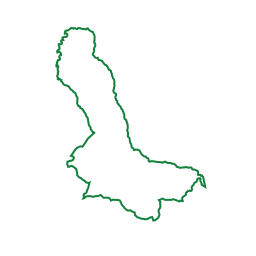 the district of Divinópolis do Tocantins, Tocantins, Brazil, rotated 18°
{"feature_id": "56859067B58082992267774", "entity_name": "Divinópolis do Tocantins", "entity_type": "district", "adm_level": 2, "iso_a3": "BRA", "parent_name": "Brazil", "parent_adm1": "Tocantins", "projection": "robinson", "projection_center": [-49.348, -9.64], "detail": "fine", "context": "isolated", "style": "outline", "palette": "green", "viewbox_px": 256, "rotation_deg": 18, "n_neighbors": 0, "source": "geoboundaries", "source_scale": "gbopen_adm2", "svg_char_len": 5793}
<svg xmlns="http://www.w3.org/2000/svg" viewBox="0 0 256 256"><g transform="rotate(18 128 128)"><path d="M38.3,55.4L38.3,56.3L38.8,57.8L39.9,57.2L40.5,57.1L41.6,58.1L41.7,59.2L41.3,60.4L39.5,60.9L38.8,61.5L37.9,61.9L37.8,62.7L39.3,64.3L37.5,65.2L37.5,66.5L39.0,67.4L38.8,68.8L36.3,69.6L36.4,70.3L36.8,71.0L37.6,71.6L37.7,72.7L38.4,73.3L38.4,74.1L36.9,76.4L37.1,77.4L37.5,78.0L39.3,76.7L40.9,77.6L41.5,78.3L41.7,79.4L40.9,79.9L40.5,81.3L41.0,82.2L41.8,82.7L42.0,83.9L41.5,84.6L40.8,84.6L40.3,85.2L40.6,86.7L40.0,87.5L40.2,88.2L40.8,88.8L40.4,90.5L40.9,91.4L42.1,90.5L42.7,91.1L42.9,91.8L42.5,92.7L43.6,95.3L44.2,95.5L44.4,96.3L44.1,96.9L44.7,98.2L44.5,100.3L44.9,101.1L45.8,101.5L46.1,103.2L47.0,103.4L47.5,102.5L48.2,102.5L49.1,103.1L49.9,103.1L49.8,104.0L50.6,104.3L51.2,104.7L53.3,106.5L55.2,106.7L56.9,106.5L57.6,106.9L58.6,106.7L61.2,108.8L64.2,109.8L64.9,110.5L65.8,110.8L66.6,110.8L67.5,111.3L67.7,111.9L68.2,112.4L69.0,113.6L70.4,114.6L70.9,115.3L71.0,116.6L71.8,119.1L71.9,120.1L72.8,121.3L74.0,122.5L74.8,122.3L75.8,122.6L76.3,123.6L77.3,123.9L78.7,124.0L79.3,124.7L79.9,124.8L80.5,125.7L83.6,127.9L84.4,129.3L85.0,129.9L86.0,130.2L86.5,130.9L88.1,133.9L88.5,134.5L89.2,136.1L89.9,137.2L90.7,138.0L92.1,138.8L92.6,140.1L93.3,141.0L95.8,142.9L96.7,142.6L97.4,143.0L93.1,150.5L91.2,157.8L90.4,159.9L89.6,159.9L88.5,160.2L87.5,160.8L86.9,161.6L85.5,162.7L84.4,165.1L84.4,165.9L84.0,166.7L83.0,170.5L82.4,172.1L84.7,172.2L85.3,172.5L85.8,173.1L85.8,174.1L85.2,175.9L80.8,178.7L81.1,179.5L81.3,181.2L82.5,182.4L83.0,183.4L84.0,183.1L85.1,182.1L86.1,181.4L89.1,182.0L90.0,182.5L91.1,182.8L91.8,183.5L93.5,186.4L94.3,188.6L96.0,189.6L97.4,190.2L98.6,190.0L100.4,191.1L101.5,191.2L103.7,192.0L104.4,192.5L105.2,192.7L107.8,192.4L108.3,191.9L108.7,198.0L108.4,199.0L108.2,200.0L108.5,201.3L108.3,202.5L107.9,203.2L106.8,204.1L106.5,204.8L106.5,205.9L107.5,207.4L107.3,208.7L108.1,208.1L108.5,207.4L108.6,206.6L109.6,206.1L110.3,205.5L112.4,204.7L113.1,204.7L113.8,204.4L116.3,204.1L118.5,202.7L119.8,202.3L121.2,201.6L122.4,200.3L123.3,200.3L125.9,201.8L126.6,201.8L129.0,200.9L131.0,200.4L131.7,200.5L133.1,201.2L134.2,202.3L136.2,200.6L137.9,200.5L138.5,200.1L140.2,199.7L142.3,199.4L142.9,199.7L143.4,200.1L143.9,200.8L144.7,201.4L145.1,202.2L145.6,202.8L147.5,203.8L149.6,205.3L150.3,205.5L150.8,205.9L153.2,206.6L154.2,206.3L155.7,205.5L157.6,206.3L158.5,206.1L160.5,206.3L161.7,208.8L163.4,209.4L163.9,209.9L165.5,210.1L166.2,209.8L168.8,210.2L170.8,209.6L172.7,209.5L174.8,208.4L176.3,206.7L177.0,206.1L178.5,205.2L180.7,208.2L181.4,207.7L182.4,207.3L182.9,206.5L183.2,205.8L184.4,204.4L184.7,202.5L184.8,201.5L184.7,200.8L183.9,199.2L183.2,198.6L182.8,197.8L182.6,196.2L183.2,194.0L182.7,191.4L182.0,190.6L181.9,189.1L181.5,188.3L180.8,187.8L180.1,187.5L179.6,187.0L181.1,186.0L182.2,184.8L183.0,184.4L184.6,184.9L186.0,184.7L189.2,183.7L189.9,183.2L190.7,183.3L192.1,182.6L192.5,182.0L193.2,181.8L194.8,181.7L195.8,181.8L196.6,181.7L198.6,182.1L199.3,182.0L200.2,180.8L201.7,180.9L202.6,180.6L201.6,179.0L201.2,177.9L201.5,176.9L202.0,175.9L203.5,174.1L203.6,173.0L203.1,171.9L203.5,171.0L204.2,170.4L204.4,169.5L205.2,169.2L205.8,168.4L207.3,168.5L207.8,167.9L207.9,167.1L207.8,166.4L206.8,164.7L206.9,163.8L207.7,162.4L208.1,159.7L209.9,157.7L209.9,156.6L209.7,155.7L209.9,154.8L210.4,154.2L211.2,154.0L211.9,153.5L212.8,154.0L212.8,155.0L213.4,156.4L214.2,156.9L215.3,158.2L215.6,159.3L219.7,160.2L214.6,151.3L213.7,151.0L212.9,150.3L212.3,150.9L211.1,150.3L210.3,150.5L209.5,151.0L208.8,150.7L208.8,149.8L208.5,148.9L208.2,148.0L207.6,147.4L204.4,147.0L203.5,147.1L202.7,147.4L201.7,147.2L201.0,146.4L200.4,146.0L197.3,147.2L196.3,147.0L195.6,147.3L194.7,147.3L194.1,148.0L191.3,149.0L189.5,149.9L187.7,149.7L186.8,149.9L184.5,148.4L182.5,147.8L181.1,148.4L180.4,148.3L179.6,148.0L177.1,148.8L175.6,148.9L174.9,148.9L174.4,148.5L173.5,148.6L172.0,149.8L171.6,150.4L170.9,150.5L170.3,150.3L165.0,151.5L162.0,151.9L160.3,152.4L158.9,153.4L158.3,153.2L157.7,152.8L157.4,151.7L156.8,151.0L156.1,150.6L154.9,150.6L154.0,149.7L153.4,149.7L152.6,150.0L151.6,149.9L149.9,149.2L148.6,148.5L147.5,147.3L146.3,146.4L145.9,145.8L144.0,145.6L143.1,145.9L142.4,146.0L141.7,146.3L141.1,146.9L140.4,147.1L140.0,146.4L139.3,145.9L138.6,145.5L137.9,145.4L137.3,145.1L136.8,143.7L135.9,142.3L135.4,141.7L134.7,141.3L134.2,140.6L132.9,137.8L132.4,137.1L130.5,136.1L130.2,135.1L130.1,134.0L129.7,133.2L129.5,132.4L127.8,130.5L128.0,128.8L127.7,128.2L127.6,127.4L126.6,125.1L126.2,124.1L125.4,123.7L124.9,122.4L124.3,122.0L124.0,121.2L123.5,120.8L122.7,120.7L122.0,120.3L121.3,119.5L120.7,117.4L120.2,116.3L119.7,115.5L119.1,115.1L118.7,114.3L117.6,113.4L117.3,112.5L116.6,112.1L115.9,111.9L115.4,111.4L114.8,110.5L114.1,109.9L112.9,109.4L111.5,108.2L110.7,108.0L110.1,107.3L109.3,105.5L107.9,104.9L107.6,104.0L106.8,103.4L106.4,102.8L106.3,101.7L106.6,100.6L106.4,99.7L105.7,99.1L105.0,99.1L104.1,98.9L102.8,97.6L102.4,96.6L102.5,94.8L102.2,94.2L102.2,92.7L102.1,91.9L101.8,91.0L101.3,90.3L100.9,88.3L100.1,86.9L99.5,86.0L98.2,85.2L97.1,83.5L96.4,82.8L96.1,81.7L94.8,80.4L94.0,78.9L93.1,78.5L92.4,78.6L91.6,78.2L91.2,77.5L90.5,77.2L89.6,76.1L88.9,75.8L88.5,75.2L87.9,74.9L86.3,75.0L85.2,74.0L83.0,72.8L82.8,72.2L80.4,72.1L79.0,72.4L78.5,71.9L77.6,70.6L75.8,71.2L75.0,71.0L74.3,70.8L73.8,70.1L72.7,69.7L71.8,69.0L71.7,68.3L71.9,66.8L72.1,66.1L72.1,65.2L71.2,63.4L71.1,62.3L71.5,59.9L71.1,58.8L70.3,57.6L69.5,57.3L69.1,56.1L69.1,54.7L68.4,53.0L68.1,51.6L67.3,50.0L66.1,49.1L64.8,47.4L63.5,47.6L61.8,47.2L60.9,46.9L59.9,46.4L59.3,45.8L58.3,45.9L57.7,47.2L56.8,47.2L55.3,47.5L54.4,47.9L51.1,47.9L49.5,48.7L49.2,49.5L48.3,49.7L46.8,49.5L46.0,49.7L45.5,50.3L44.7,50.1L43.9,50.4L43.1,50.3L42.8,51.0L40.7,53.8L40.1,54.2L39.3,54.2L38.9,54.8L38.3,55.4Z" fill="none" stroke="#15803d" stroke-width="2"/></g></svg>